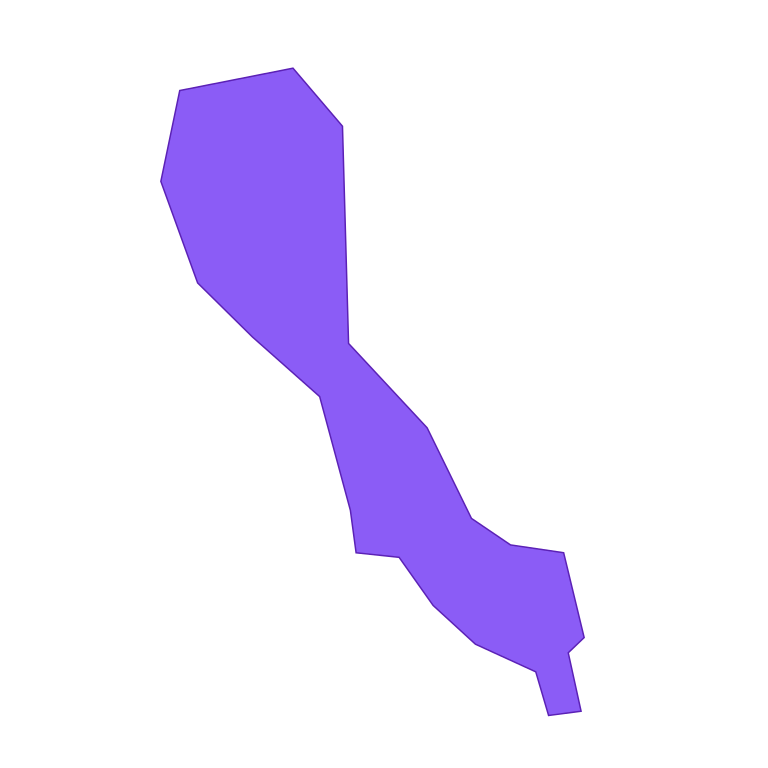 SVG path tracing the border of Saint George Basseterre, rotated 192°
{"feature_id": "KNA-5101", "entity_name": "Saint George Basseterre", "entity_type": "Parish", "adm_level": 1, "iso_a3": "KNA", "parent_name": "Saint Kitts and Nevis", "parent_adm1": "", "projection": "natural_earth1", "projection_center": [-62.687, 17.269], "detail": "fine", "context": "isolated", "style": "filled", "palette": "violet", "viewbox_px": 768, "rotation_deg": 192, "n_neighbors": 0, "source": "natural_earth", "source_scale": "10m", "svg_char_len": 446}
<svg xmlns="http://www.w3.org/2000/svg" viewBox="0 0 768 768"><g transform="rotate(192 384 384)"><path d="M376.2,213.1L390.6,253.4L444.3,358.3L522.4,402.6L587.3,444.1L644.4,535.8L644.8,628.6L538.7,674.0L478.2,627.5L427.1,416.3L332.7,350.1L270.5,270.7L226.8,252.9L173.2,256.3L135.5,177.6L147.9,159.4L123.2,104.9L154.1,94.0L175.7,134.0L240.5,148.5L289.9,177.6L333.2,217.6L376.2,213.1Z" fill="#8b5cf6" stroke="#5b21b6" stroke-width="1.5"/></g></svg>